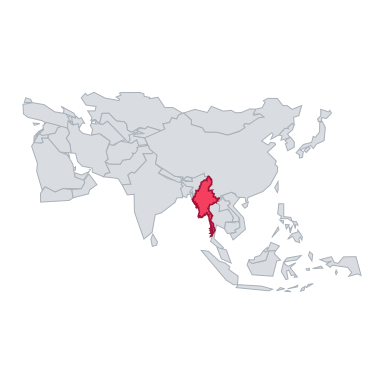 Myanmar highlighted on a map of Asia
{"feature_id": "MMR", "entity_name": "Myanmar", "entity_type": "country or territory", "adm_level": 0, "iso_a3": "MMR", "parent_name": "Asia", "parent_adm1": "", "projection": "albers", "projection_center": [96.922, 19.196], "detail": "fine", "context": "in_parent", "style": "filled", "palette": "rose", "viewbox_px": 384, "rotation_deg": 0, "n_neighbors": 45, "source": "natural_earth", "source_scale": "50m", "svg_char_len": 18228}
<svg xmlns="http://www.w3.org/2000/svg" viewBox="0 0 384 384"><path d="M182.6,113.2L178.5,115.0L176.7,119.0L171.7,117.7L169.5,122.6L163.0,123.8L164.8,129.0L163.0,131.3L147.6,126.7L145.5,128.8L139.6,127.4L132.0,132.3L127.3,130.0L126.6,124.4L124.0,121.7L116.5,121.0L108.9,113.2L102.0,113.4L99.6,123.9L95.5,119.8L91.1,120.3L91.9,117.4L87.7,110.9L95.0,110.9L96.1,106.5L86.1,105.1L81.2,97.9L85.4,93.3L87.4,95.5L94.0,92.3L105.1,98.1L118.9,100.6L119.7,99.5L116.2,97.0L120.9,95.2L119.5,93.2L120.8,92.6L139.6,92.5L143.8,93.7L144.2,96.4L149.7,97.4L149.4,98.7L158.0,97.3L164.7,107.4L173.0,107.6L182.6,113.2Z" fill="#d9dde1" stroke="#a8b0b8" stroke-width="1"/><path d="M99.6,123.9L102.0,113.4L108.9,113.2L116.5,121.0L124.0,121.7L126.6,124.4L127.3,130.0L131.1,132.2L138.8,128.6L137.1,130.5L143.7,133.5L140.0,135.1L137.0,134.4L137.5,132.3L133.9,132.4L131.2,135.6L129.1,135.1L130.2,139.7L128.2,142.5L107.4,121.3L102.6,124.5L99.6,123.9Z" fill="#d9dde1" stroke="#a8b0b8" stroke-width="1"/><path d="M356.0,256.7L361.0,275.4L357.3,273.9L348.7,276.3L351.6,272.3L347.7,267.4L332.1,265.2L330.2,267.4L326.1,264.2L331.4,261.2L326.5,262.3L320.0,259.6L331.4,256.7L334.2,262.4L338.1,263.4L343.5,256.9L356.0,256.7ZM305.2,286.4L303.9,290.3L300.6,291.1L302.0,288.1L305.2,286.4ZM336.1,274.6L335.3,272.5L336.2,270.2L337.4,272.3L336.1,274.6ZM275.7,250.6L274.2,253.6L280.6,260.1L276.7,261.0L272.8,276.2L252.2,274.8L247.1,264.9L249.1,259.8L252.3,263.4L263.2,261.1L265.8,260.2L269.0,250.8L275.7,250.6ZM312.6,268.6L321.1,266.1L322.8,268.1L312.6,268.6ZM309.3,270.4L306.9,270.2L306.0,269.0L309.4,268.3L309.3,270.4ZM309.7,251.7L312.7,254.4L311.9,261.0L308.5,255.6L309.7,251.7ZM286.8,258.1L301.2,255.5L296.6,260.0L284.9,261.7L284.7,264.0L288.1,266.3L295.8,262.8L290.2,267.6L297.4,277.0L294.2,277.3L295.5,274.6L291.3,275.6L288.7,270.0L286.6,271.2L288.0,278.9L285.9,279.6L281.3,271.5L283.7,262.1L286.8,258.1ZM291.0,291.7L284.5,291.3L287.7,290.4L291.0,291.7ZM287.6,288.8L294.7,286.7L297.7,285.2L297.4,286.9L287.6,288.8ZM280.2,287.6L284.7,288.8L276.5,290.8L280.2,287.6ZM238.3,284.7L261.4,286.1L272.6,289.2L268.7,290.8L236.1,287.6L238.3,284.7ZM228.6,269.4L238.1,276.1L237.5,284.6L233.6,284.8L226.1,280.1L201.2,250.4L208.4,251.2L219.0,261.0L225.2,263.0L229.9,266.8L228.6,269.4Z" fill="#d9dde1" stroke="#a8b0b8" stroke-width="1"/><path d="M305.9,287.8L308.4,284.5L313.2,283.6L305.9,287.8Z" fill="#d9dde1" stroke="#a8b0b8" stroke-width="1"/><path d="M40.4,131.8L36.7,135.2L33.9,142.2L34.1,136.4L38.3,131.7L40.4,131.8Z" fill="#d9dde1" stroke="#a8b0b8" stroke-width="1"/><path d="M43.5,129.8L38.4,131.7L43.5,128.5L43.5,129.8Z" fill="#d9dde1" stroke="#a8b0b8" stroke-width="1"/><path d="M38.8,134.2L36.0,136.7L38.0,133.4L38.8,134.2Z" fill="#d9dde1" stroke="#a8b0b8" stroke-width="1"/><path d="M38.8,134.2L48.3,134.3L48.1,138.2L41.6,138.2L43.2,142.1L36.7,144.2L33.9,142.2L38.8,134.2Z" fill="#d9dde1" stroke="#a8b0b8" stroke-width="1"/><path d="M74.7,172.8L81.6,175.0L89.2,171.5L83.2,180.8L74.9,177.0L74.7,172.8Z" fill="#d9dde1" stroke="#a8b0b8" stroke-width="1"/><path d="M73.0,170.6L73.4,168.3L75.5,166.7L75.6,169.8L73.0,170.6Z" fill="#d9dde1" stroke="#a8b0b8" stroke-width="1"/><path d="M67.9,151.5L69.6,157.0L65.0,153.8L67.9,151.5Z" fill="#d9dde1" stroke="#a8b0b8" stroke-width="1"/><path d="M48.1,138.2L48.3,134.3L55.1,133.1L57.8,127.6L62.6,125.9L67.5,128.1L69.6,133.5L66.3,138.1L70.1,144.2L71.2,152.9L60.0,152.1L48.1,138.2Z" fill="#d9dde1" stroke="#a8b0b8" stroke-width="1"/><path d="M83.9,180.3L89.0,174.1L96.9,184.6L89.7,189.8L88.4,193.9L73.0,197.8L71.6,189.6L81.2,188.7L84.7,182.8L83.9,180.3ZM90.3,169.8L88.9,170.3L90.0,169.4L90.3,169.8Z" fill="#d9dde1" stroke="#a8b0b8" stroke-width="1"/><path d="M224.4,228.7L225.5,222.1L235.1,222.8L236.4,220.5L240.0,223.7L239.9,227.5L234.7,230.3L236.2,232.2L227.5,233.6L224.4,228.7Z" fill="#d9dde1" stroke="#a8b0b8" stroke-width="1"/><path d="M232.4,221.7L225.5,222.1L224.4,228.7L216.5,225.0L213.9,238.5L223.6,247.9L220.4,249.6L210.5,241.3L215.0,229.9L210.5,219.5L212.6,216.1L207.9,208.8L210.6,204.6L216.1,202.3L219.7,205.3L219.2,211.6L225.7,208.9L230.4,211.5L233.4,217.4L232.4,221.7Z" fill="#d9dde1" stroke="#a8b0b8" stroke-width="1"/><path d="M239.2,221.5L232.4,221.7L233.4,217.4L228.0,209.0L219.2,211.6L219.7,205.3L216.1,202.3L221.1,199.7L220.6,196.0L225.4,200.9L229.1,200.8L230.4,203.5L227.7,205.7L238.6,216.0L239.2,221.5Z" fill="#d9dde1" stroke="#a8b0b8" stroke-width="1"/><path d="M230.2,234.0L236.2,232.2L234.7,230.3L239.9,227.5L239.6,218.3L227.7,205.7L230.4,203.5L229.1,200.8L225.4,200.9L222.1,195.5L231.4,192.2L239.8,197.6L233.0,206.1L243.6,217.8L245.4,229.3L233.1,239.9L230.2,234.0Z" fill="#d9dde1" stroke="#a8b0b8" stroke-width="1"/><path d="M294.2,124.7L292.6,129.6L287.5,134.0L290.1,137.8L280.9,140.2L282.1,136.0L278.9,134.9L280.7,132.6L284.8,128.2L288.4,128.6L287.7,127.2L292.2,123.4L294.2,124.7Z" fill="#d9dde1" stroke="#a8b0b8" stroke-width="1"/><path d="M285.0,140.6L290.3,137.0L294.3,142.0L294.2,147.3L287.6,150.7L285.4,143.7L287.3,142.9L285.0,140.6Z" fill="#d9dde1" stroke="#a8b0b8" stroke-width="1"/><path d="M183.6,113.0L194.9,109.4L207.4,112.5L211.3,106.3L223.3,111.1L231.3,110.3L235.4,112.7L240.9,112.7L249.9,108.9L255.7,109.2L254.0,115.4L259.7,113.8L264.4,116.0L249.1,124.2L244.9,123.7L243.7,125.7L245.1,127.6L241.7,130.4L227.7,135.1L216.8,132.3L205.0,132.2L202.4,127.8L191.2,124.5L191.4,120.0L183.6,113.0Z" fill="#d9dde1" stroke="#a8b0b8" stroke-width="1"/><path d="M207.7,177.0L207.1,180.8L201.3,182.4L193.9,196.9L192.4,191.7L191.1,193.8L189.5,192.1L193.2,187.4L186.1,186.2L182.3,182.2L181.2,184.4L183.2,186.2L180.6,188.5L182.4,189.4L182.5,197.7L176.8,198.0L175.1,202.3L161.2,213.0L155.3,214.6L152.1,232.3L143.9,239.1L134.4,211.9L134.1,194.3L127.4,194.9L122.1,184.8L130.8,184.0L127.7,175.1L131.3,172.2L134.6,172.9L146.2,160.5L142.9,153.6L151.5,153.6L154.4,151.3L157.0,155.2L155.6,164.0L161.8,168.8L158.5,173.0L167.3,178.3L180.8,182.3L183.0,177.0L183.2,180.2L185.8,181.5L192.4,181.4L191.5,178.3L204.2,173.2L204.6,176.5L207.7,177.0Z" fill="#d9dde1" stroke="#a8b0b8" stroke-width="1"/><path d="M192.4,191.7L192.8,201.3L190.2,194.5L187.5,194.3L186.7,197.4L183.0,196.5L180.6,188.5L183.2,186.2L181.2,184.4L182.3,182.2L186.1,186.2L193.2,187.4L189.5,192.1L191.1,193.8L192.4,191.7Z" fill="#d9dde1" stroke="#a8b0b8" stroke-width="1"/><path d="M191.5,178.3L192.4,181.4L183.2,180.2L186.7,176.5L191.5,178.3Z" fill="#d9dde1" stroke="#a8b0b8" stroke-width="1"/><path d="M181.3,177.6L180.8,182.3L178.4,182.2L158.5,173.0L163.1,168.2L174.7,176.2L181.3,177.6Z" fill="#d9dde1" stroke="#a8b0b8" stroke-width="1"/><path d="M154.4,151.3L151.5,153.6L142.9,153.6L146.2,160.5L134.6,172.9L131.3,172.2L127.7,175.1L130.8,184.0L122.1,184.8L117.9,178.4L103.7,176.8L105.5,173.4L109.9,172.5L105.0,161.5L109.3,164.0L120.3,164.2L122.7,160.1L129.6,159.3L138.6,146.1L147.8,145.4L150.1,149.5L154.4,151.3Z" fill="#d9dde1" stroke="#a8b0b8" stroke-width="1"/><path d="M119.9,141.2L131.8,143.1L136.7,139.7L138.7,145.4L142.8,143.6L147.8,145.4L136.9,147.2L137.4,150.2L134.9,153.5L132.3,153.0L133.1,155.2L129.6,159.3L122.7,160.1L120.3,164.2L109.3,164.0L105.0,161.5L108.1,159.2L106.1,151.5L109.6,143.7L114.2,145.4L119.9,141.2Z" fill="#d9dde1" stroke="#a8b0b8" stroke-width="1"/><path d="M128.2,142.5L130.2,139.7L129.1,135.1L137.5,132.3L138.1,134.5L133.7,136.0L144.7,137.9L147.4,144.5L138.7,145.4L136.7,139.7L131.8,143.1L128.2,142.5Z" fill="#d9dde1" stroke="#a8b0b8" stroke-width="1"/><path d="M138.8,128.6L145.5,128.8L147.6,126.7L163.0,131.3L144.7,137.9L133.7,136.0L134.2,134.4L143.7,133.5L137.1,130.5L138.8,128.6Z" fill="#d9dde1" stroke="#a8b0b8" stroke-width="1"/><path d="M91.1,120.3L95.5,119.8L98.3,123.7L102.6,124.5L107.4,121.3L125.2,139.4L124.8,141.2L122.9,140.0L112.1,145.4L109.6,143.7L109.9,141.1L100.9,134.3L91.4,134.7L92.6,129.4L90.3,125.5L91.5,123.2L96.2,124.1L94.5,120.1L91.5,122.4L91.1,120.3Z" fill="#d9dde1" stroke="#a8b0b8" stroke-width="1"/><path d="M71.2,152.9L70.1,144.2L66.3,138.1L69.6,133.5L66.8,125.3L67.9,121.0L72.5,124.6L78.1,123.6L79.4,130.3L83.1,133.5L91.0,135.3L99.1,133.6L109.9,141.1L106.1,151.5L108.1,159.2L105.0,161.5L109.9,172.5L105.5,173.4L103.7,176.8L92.4,172.2L92.1,168.1L82.2,166.2L77.6,161.5L75.6,153.4L71.2,152.9Z" fill="#d9dde1" stroke="#a8b0b8" stroke-width="1"/><path d="M39.6,133.4L43.5,129.8L42.9,125.6L46.5,122.3L61.3,126.0L57.8,127.6L55.1,133.1L42.1,135.6L39.6,133.4Z" fill="#d9dde1" stroke="#a8b0b8" stroke-width="1"/><path d="M73.4,124.8L67.5,118.3L68.0,115.8L72.8,118.2L73.4,124.8Z" fill="#d9dde1" stroke="#a8b0b8" stroke-width="1"/><path d="M67.5,128.1L46.5,122.3L44.0,124.6L44.9,122.2L41.4,120.5L27.9,117.4L23.4,113.8L23.0,104.4L32.6,102.7L43.9,104.6L54.8,111.9L66.0,113.7L69.9,120.7L67.9,121.0L67.5,128.1ZM25.7,97.8L30.4,99.3L32.1,102.2L24.3,102.7L25.7,97.8Z" fill="#d9dde1" stroke="#a8b0b8" stroke-width="1"/><path d="M157.4,241.9L156.7,245.1L152.3,246.4L150.9,239.1L152.8,234.1L157.4,241.9Z" fill="#d9dde1" stroke="#a8b0b8" stroke-width="1"/><path d="M244.8,208.2L242.0,204.6L248.3,201.8L247.3,206.4L244.8,208.2ZM144.7,137.9L164.8,129.0L163.0,123.8L169.5,122.6L171.7,117.7L176.7,119.0L178.5,115.0L183.6,113.0L191.4,120.0L191.2,124.5L202.4,127.8L205.0,132.2L216.8,132.3L227.7,135.1L238.7,131.7L245.1,127.6L243.7,125.7L244.9,123.7L249.1,124.2L258.6,117.8L264.2,117.1L259.7,113.8L253.2,114.3L255.7,109.2L262.1,107.8L265.0,102.5L263.4,100.7L268.1,98.3L277.3,98.5L282.9,105.6L287.3,105.7L292.1,109.4L301.7,105.5L298.8,115.7L293.7,117.2L294.2,124.7L292.2,123.4L287.7,127.2L288.4,128.6L284.8,128.2L278.9,134.9L270.9,139.2L273.2,134.3L271.6,132.9L261.6,140.9L268.0,145.0L270.7,142.4L275.0,143.1L275.6,144.6L267.4,152.1L276.3,161.1L275.0,164.5L277.7,166.8L277.3,172.1L270.1,185.0L262.7,191.6L248.0,197.5L247.2,201.0L245.6,201.3L245.2,197.7L236.7,197.0L235.6,193.8L231.4,192.2L220.6,196.0L221.1,199.7L213.4,196.8L214.3,194.1L211.6,190.5L208.5,191.1L211.6,179.4L209.4,176.7L204.6,176.5L204.2,173.2L193.8,178.0L186.7,176.5L183.2,179.5L183.0,177.0L174.7,176.2L155.6,164.0L157.0,155.2L150.1,149.5L144.7,137.9Z" fill="#d9dde1" stroke="#a8b0b8" stroke-width="1"/><path d="M278.0,181.5L278.2,189.7L277.3,192.5L274.8,187.6L278.0,181.5Z" fill="#d9dde1" stroke="#a8b0b8" stroke-width="1"/><path d="M75.8,115.8L78.8,118.9L81.2,117.5L84.6,123.3L82.4,122.9L79.2,127.9L78.1,123.6L73.4,124.8L72.1,120.8L71.7,116.5L75.4,118.1L75.8,115.8ZM72.5,124.6L70.8,123.7L69.9,120.7L72.1,122.1L72.5,124.6Z" fill="#d9dde1" stroke="#a8b0b8" stroke-width="1"/><path d="M61.1,106.3L74.0,113.3L75.8,117.9L63.3,112.9L64.1,109.7L61.1,106.3Z" fill="#d9dde1" stroke="#a8b0b8" stroke-width="1"/><path d="M283.2,223.6L279.8,220.0L283.7,220.8L283.2,223.6ZM290.2,233.0L289.1,227.1L290.7,228.9L292.5,225.4L290.2,233.0ZM297.5,229.4L302.4,236.9L301.8,240.0L300.1,237.0L298.9,238.8L299.6,242.6L295.5,241.4L292.7,236.4L287.6,239.3L291.9,233.8L298.1,231.8L297.5,229.4ZM279.0,229.6L271.8,237.5L278.1,227.0L279.0,229.6ZM283.8,203.9L283.7,216.6L290.9,217.4L291.9,221.3L287.8,218.6L280.5,218.6L281.4,216.3L277.7,213.9L278.8,203.7L283.8,203.9ZM286.4,228.9L285.3,224.4L289.3,224.8L286.4,228.9ZM296.5,221.8L298.0,225.2L295.4,224.7L295.4,228.6L292.5,221.1L296.5,221.8Z" fill="#d9dde1" stroke="#a8b0b8" stroke-width="1"/><path d="M216.9,247.3L226.4,250.0L231.1,263.1L221.4,258.8L216.9,247.3ZM275.7,250.6L269.0,250.8L265.8,260.2L252.3,263.4L249.8,261.9L249.1,259.8L254.2,259.9L254.6,257.2L259.9,255.5L263.5,250.7L267.3,250.9L270.9,242.3L279.5,246.1L275.7,250.6Z" fill="#d9dde1" stroke="#a8b0b8" stroke-width="1"/><path d="M267.3,247.4L267.3,250.9L265.2,252.1L263.5,250.7L267.3,247.4Z" fill="#d9dde1" stroke="#a8b0b8" stroke-width="1"/><path d="M325.3,127.5L324.1,140.6L316.4,144.2L313.3,148.6L310.7,145.5L300.1,150.0L303.3,151.7L302.5,157.4L299.4,158.1L299.5,155.1L296.1,152.7L303.5,144.4L311.6,142.4L313.2,136.4L315.3,137.4L319.6,132.0L319.7,122.7L322.3,121.5L325.3,127.5ZM328.5,111.9L329.9,110.3L331.4,113.2L326.4,118.5L321.9,117.6L321.4,121.1L318.5,121.8L317.5,119.1L320.8,115.7L320.7,109.3L328.5,111.9ZM304.1,150.6L307.6,146.9L310.3,148.1L306.3,152.5L304.1,150.6Z" fill="#d9dde1" stroke="#a8b0b8" stroke-width="1"/><path d="M71.6,189.6L73.0,197.8L69.3,200.4L40.6,202.1L40.5,193.3L45.1,186.7L55.1,191.9L62.8,188.5L71.6,189.6Z" fill="#d9dde1" stroke="#a8b0b8" stroke-width="1"/><path d="M33.9,142.6L41.4,143.2L43.2,142.1L41.6,138.2L48.1,138.2L60.0,152.1L67.3,154.8L72.8,164.1L74.9,177.0L83.9,180.3L84.7,182.8L81.2,188.7L62.8,188.5L55.1,191.9L45.1,186.7L42.1,190.0L36.7,171.3L37.4,163.3L31.6,146.2L33.9,142.6Z" fill="#d9dde1" stroke="#a8b0b8" stroke-width="1"/><path d="M39.8,123.6L34.5,125.3L33.2,123.0L39.8,123.6Z" fill="#d9dde1" stroke="#a8b0b8" stroke-width="1"/><path d="M216.2,202.6L215.7,202.3L215.0,202.6L214.2,202.5L214.3,203.0L213.8,203.4L213.4,203.3L213.0,203.3L212.9,203.5L212.8,204.1L212.6,204.4L212.1,204.4L210.9,204.7L210.5,204.7L210.1,204.5L209.8,204.5L209.8,204.8L209.2,205.5L209.2,206.5L208.9,207.0L209.0,208.3L208.3,208.6L207.9,208.5L208.1,209.0L208.4,209.2L208.7,209.3L209.0,210.4L208.9,210.9L210.6,213.0L211.2,213.5L211.3,213.8L211.3,214.3L211.9,215.6L212.0,215.7L212.4,215.3L212.6,215.5L212.5,215.9L212.4,216.1L211.7,216.5L211.6,217.4L211.6,218.7L211.3,218.8L210.5,219.3L210.5,220.0L210.6,220.5L211.7,222.0L212.8,223.0L213.5,224.0L213.6,225.6L213.4,226.0L213.5,226.3L213.6,226.5L213.8,227.2L214.4,227.8L214.3,228.1L214.6,229.0L214.8,229.3L215.1,230.3L214.9,230.6L214.6,230.8L213.7,232.5L212.4,233.9L212.4,234.7L212.2,235.4L212.1,235.5L211.8,235.9L211.6,235.5L211.6,234.9L211.4,233.9L211.7,233.7L212.1,232.9L212.1,232.4L212.3,232.1L212.3,230.9L212.5,230.7L212.5,230.3L212.1,230.5L212.0,229.9L212.1,229.7L212.0,229.2L212.1,228.9L211.8,228.8L211.9,228.6L212.1,228.5L211.9,228.2L212.0,227.9L212.0,227.5L211.7,225.9L211.4,225.4L211.2,224.8L210.7,224.0L210.6,223.4L210.5,223.2L210.4,224.3L210.3,224.1L210.1,223.2L210.2,222.6L209.9,222.1L209.6,221.1L209.7,220.9L209.9,221.1L209.7,220.7L209.5,220.8L209.3,220.4L209.3,219.3L209.1,218.9L209.2,218.5L209.0,217.1L208.6,216.6L208.7,215.9L208.7,215.2L209.0,214.8L208.7,214.9L207.9,215.0L207.8,214.5L207.6,214.3L207.4,213.8L207.3,213.3L207.4,213.1L206.3,212.1L206.5,212.5L206.3,212.8L206.5,213.4L206.0,214.4L205.6,214.9L205.0,215.1L204.8,215.0L204.6,214.8L204.5,214.2L204.3,214.2L204.4,214.9L204.7,215.3L204.1,215.6L203.8,215.6L203.7,215.9L202.9,216.1L202.7,216.8L202.3,217.2L201.8,217.6L201.5,217.5L201.5,217.1L201.7,216.7L201.7,216.4L201.6,216.6L201.1,217.2L200.4,217.3L200.2,216.7L200.3,216.1L200.1,216.6L200.0,216.8L199.5,217.0L199.5,216.4L199.7,215.4L199.7,215.0L199.6,215.6L199.3,215.7L198.9,216.3L198.4,216.6L198.2,216.6L198.2,216.2L198.4,215.0L198.6,214.6L198.8,213.8L198.9,213.5L199.0,213.0L199.3,212.4L199.4,211.6L199.3,211.1L199.1,210.7L198.9,209.5L198.4,208.5L198.4,208.2L198.2,207.8L198.4,207.7L197.9,207.4L197.9,207.2L197.8,206.0L197.7,206.3L197.6,206.9L197.4,207.2L196.8,206.8L196.1,205.7L196.4,205.6L196.8,206.0L197.1,206.1L197.6,205.8L197.7,205.4L197.2,205.1L197.0,204.9L196.9,204.6L196.5,204.3L196.8,203.9L196.4,203.9L195.9,203.5L195.5,203.4L195.2,203.5L195.3,203.9L195.3,204.1L195.1,204.0L194.7,203.3L195.0,203.0L194.8,203.0L194.9,202.4L194.7,202.6L194.3,203.1L194.1,202.9L194.4,202.5L194.3,202.2L193.9,201.7L193.9,202.1L193.9,202.6L193.5,202.0L192.9,201.2L192.7,201.0L192.6,200.1L192.4,199.9L192.3,199.3L192.6,198.9L192.8,198.9L193.4,199.3L193.5,199.4L193.6,198.8L193.6,197.1L193.9,196.6L194.2,196.7L194.4,197.0L194.6,197.1L195.0,196.5L195.3,196.3L195.3,195.9L195.1,194.8L195.4,194.1L195.4,193.7L195.8,193.8L196.0,193.6L196.1,192.8L196.2,191.7L195.9,190.5L195.9,190.4L196.0,190.4L196.4,190.7L197.0,190.6L198.1,191.1L198.3,191.1L198.8,189.6L199.7,188.2L200.1,187.3L200.0,187.0L199.6,186.7L199.7,186.4L200.0,186.0L200.3,185.8L200.8,185.2L201.0,184.5L201.3,184.1L201.1,183.6L201.1,183.1L201.1,182.7L201.3,182.3L202.3,181.8L203.6,180.9L204.0,180.3L204.4,180.2L206.0,180.0L206.4,180.5L206.6,180.6L206.9,180.7L207.0,180.7L206.5,179.6L206.4,179.2L206.6,178.8L207.4,178.2L207.7,178.0L207.7,177.7L207.7,177.1L208.3,176.2L208.6,176.2L209.0,176.7L209.3,176.7L209.9,177.4L210.0,177.9L210.5,179.3L210.8,179.0L210.9,178.9L211.5,179.2L211.8,182.0L211.6,183.3L211.6,183.6L211.6,183.8L211.3,183.9L211.3,184.0L211.6,184.5L211.5,184.8L211.0,184.9L210.6,185.6L210.2,185.6L210.0,186.1L209.7,186.5L209.4,186.7L209.1,186.7L208.8,187.4L208.9,187.9L208.5,188.2L208.3,188.7L208.3,189.1L208.7,189.5L208.8,190.0L208.8,190.3L208.4,190.8L208.4,191.0L208.8,191.1L209.7,190.5L210.3,190.4L211.2,190.3L211.4,190.5L212.2,190.3L211.8,190.8L211.7,191.0L212.0,191.5L212.2,191.9L212.1,192.3L212.3,192.7L212.3,193.3L212.8,193.5L213.9,193.7L214.1,193.8L214.2,194.0L213.8,194.5L213.7,194.9L213.7,195.5L213.3,196.3L213.2,196.5L213.3,196.8L214.5,196.9L215.5,197.0L215.5,197.7L215.5,197.9L215.7,198.1L216.0,198.2L216.0,198.6L216.4,198.9L216.8,198.7L217.3,198.9L217.5,198.8L217.8,198.7L218.2,198.2L218.9,197.9L219.1,197.9L219.2,198.4L219.0,198.8L218.5,199.1L218.2,199.3L217.6,200.1L217.4,200.4L217.3,200.6L217.6,200.8L217.0,200.9L216.7,201.0L216.3,201.7L216.2,202.6ZM196.8,205.1L197.5,205.5L197.4,205.8L197.1,205.9L196.9,205.8L196.9,205.5L196.6,205.3L196.8,205.1ZM211.2,227.7L211.4,227.8L211.4,228.1L211.1,228.5L210.9,228.5L211.0,228.0L210.9,227.6L210.9,227.4L211.2,227.5L211.2,227.7ZM196.7,207.9L196.3,207.6L196.1,207.3L196.5,207.2L196.9,207.3L196.8,207.8L196.7,207.9ZM211.7,230.4L211.6,231.1L211.3,231.0L211.1,230.3L211.6,230.2L211.7,230.4ZM199.0,216.8L198.8,217.1L198.7,216.7L199.4,216.0L199.2,216.6L199.0,216.8ZM208.5,215.9L208.4,215.9L208.2,215.7L208.2,215.2L208.4,215.1L208.6,215.1L208.6,215.3L208.5,215.9ZM210.8,230.9L210.6,231.4L210.6,231.0L210.9,230.3L210.8,230.9ZM210.6,233.0L210.9,233.5L210.5,233.2L210.2,233.2L210.5,232.9L210.6,233.0ZM211.9,229.8L211.4,229.9L211.4,229.3L211.6,229.6L211.9,229.8ZM210.9,236.0L210.4,236.4L210.4,236.1L210.7,235.9L210.9,235.9L210.9,236.0ZM194.6,203.4L194.8,204.1L194.6,204.0L194.4,203.6L194.4,203.3L194.6,203.4ZM210.9,226.1L210.9,226.6L210.7,226.3L210.7,225.7L210.9,226.1ZM196.2,204.0L196.2,204.4L196.0,204.2L195.9,203.8L196.2,204.0ZM210.4,229.1L210.2,229.1L210.1,228.9L210.2,228.7L210.3,228.7L210.4,229.1ZM210.1,228.4L209.9,228.7L209.7,228.5L209.9,228.4L210.1,228.4ZM210.2,230.5L210.2,230.8L210.0,230.6L210.0,230.1L210.2,230.5ZM200.1,217.0L199.9,217.3L199.8,217.2L200.1,216.9L200.1,217.0ZM211.7,233.0L211.5,232.9L211.6,232.6L211.7,233.0Z" fill="#f43f5e" stroke="#9f1239" stroke-width="1.5"/></svg>